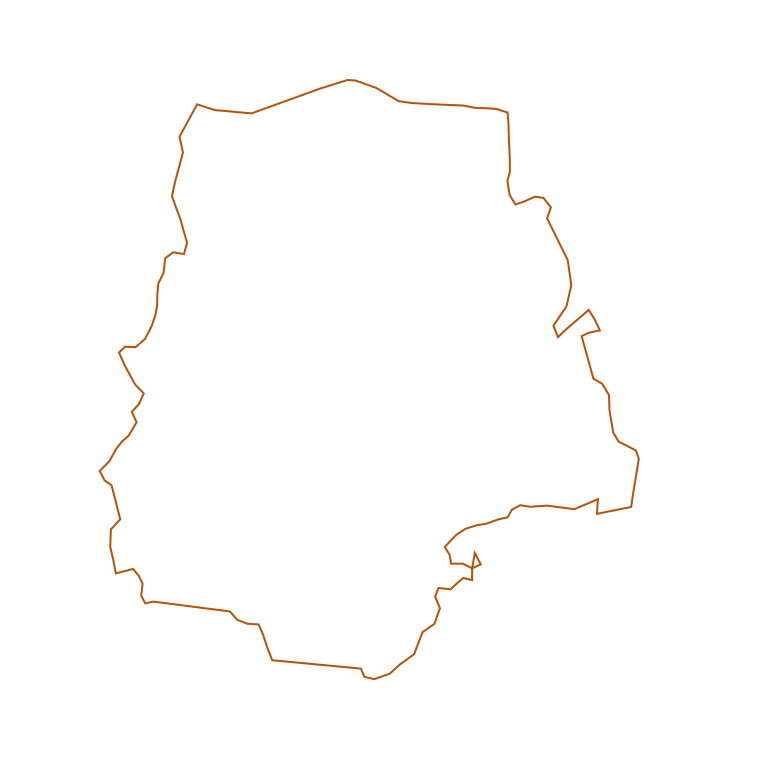 outline of Água Santa, Rio Grande do Sul, Brazil, rotated 191°
{"feature_id": "56859067B17076828661900", "entity_name": "Água Santa", "entity_type": "district", "adm_level": 2, "iso_a3": "BRA", "parent_name": "Brazil", "parent_adm1": "Rio Grande do Sul", "projection": "natural_earth1", "projection_center": [-52.061, -28.213], "detail": "fine", "context": "isolated", "style": "outline", "palette": "amber", "viewbox_px": 768, "rotation_deg": 191, "n_neighbors": 0, "source": "geoboundaries", "source_scale": "gbopen_adm2", "svg_char_len": 1916}
<svg xmlns="http://www.w3.org/2000/svg" viewBox="0 0 768 768"><g transform="rotate(191 384 384)"><path d="M262.3,219.9L272.3,222.7L283.9,220.4L287.0,228.8L293.2,235.6L288.8,242.8L283.9,250.2L276.4,257.4L265.9,263.1L257.5,266.1L246.5,272.6L237.2,276.8L234.4,285.1L227.2,291.0L216.9,291.4L200.8,295.7L173.3,297.4L152.0,311.8L150.2,297.2L117.9,310.5L118.4,319.8L119.6,359.1L124.0,366.8L131.2,368.9L142.8,372.3L149.7,380.1L152.8,388.3L157.7,401.5L161.0,416.0L169.8,425.8L179.5,429.2L199.1,468.7L192.8,473.4L182.3,477.8L189.8,488.0L197.2,495.8L216.4,471.5L222.1,463.2L228.8,473.4L223.7,485.6L219.7,494.8L219.3,506.6L219.0,516.8L227.3,540.7L255.5,577.7L253.9,589.3L263.0,597.1L271.6,596.7L280.7,590.2L289.3,585.3L296.8,593.6L301.6,606.9L300.9,616.2L303.2,627.8L306.8,642.8L309.3,653.2L311.2,662.3L314.5,674.1L326.2,675.4L337.0,674.1L347.1,672.5L359.1,672.5L387.6,668.2L410.5,665.1L423.5,664.4L447.9,673.1L470.0,676.5L478.0,675.4L491.3,668.2L503.3,661.7L565.6,624.4L602.3,620.6L620.8,622.9L631.9,587.8L625.5,572.8L627.7,542.1L628.0,528.0L620.8,515.9L615.1,506.6L610.3,496.9L604.3,485.2L605.1,473.4L616.2,473.0L622.8,465.6L621.6,451.2L624.7,439.5L623.6,428.7L621.6,417.5L621.6,407.2L623.2,396.2L627.2,382.6L634.9,372.7L645.4,371.2L650.1,364.4L642.4,353.2L634.4,343.5L628.3,336.1L618.0,328.9L620.8,317.3L626.3,308.6L619.6,299.3L624.7,284.7L630.4,277.3L634.5,269.2L638.8,255.9L646.5,244.3L639.8,236.0L632.1,232.6L617.1,200.9L624.4,189.1L621.6,171.7L616.0,159.2L611.1,146.9L595.0,154.6L588.0,148.8L582.9,141.9L581.9,129.8L576.5,123.1L569.0,126.4L491.8,131.3L483.0,124.5L472.5,122.6L461.2,124.1L455.1,115.2L447.4,101.5L441.0,91.5L352.4,100.2L347.3,92.8L337.3,92.4L323.2,100.6L314.8,111.8L302.9,124.5L298.8,147.8L288.8,158.2L286.3,174.5L293.2,185.0L291.6,194.1L279.5,195.2L274.7,201.8L269.3,208.7L260.1,208.3L262.3,219.9ZM262.3,219.9L254.6,225.4L262.6,235.4L262.3,219.9Z" fill="none" stroke="#b45309" stroke-width="2"/></g></svg>